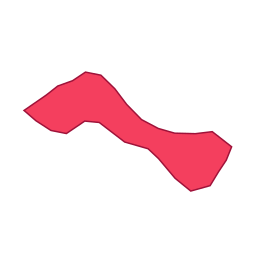 the district of Ella Keryneias, Cyprus, rotated 106°
{"feature_id": "46923920B40684211252077", "entity_name": "Ella Keryneias", "entity_type": "district", "adm_level": 2, "iso_a3": "CYP", "parent_name": "Cyprus", "parent_adm1": "", "projection": "equal_earth", "projection_center": [33.219, 35.339], "detail": "fine", "context": "isolated", "style": "filled", "palette": "rose", "viewbox_px": 256, "rotation_deg": 106, "n_neighbors": 0, "source": "geoboundaries", "source_scale": "gbopen_adm2", "svg_char_len": 491}
<svg xmlns="http://www.w3.org/2000/svg" viewBox="0 0 256 256"><g transform="rotate(106 128 128)"><path d="M84.7,168.6L86.0,184.3L97.8,194.3L107.0,207.1L118.8,215.6L139.8,232.8L146.4,218.5L151.6,201.4L150.3,185.7L133.3,171.5L130.6,157.2L142.4,127.3L142.4,103.0L149.0,90.2L163.4,68.8L171.3,50.3L160.8,33.2L145.1,28.9L131.9,24.7L117.5,23.2L108.3,46.0L114.9,61.7L120.1,81.7L120.1,98.8L116.2,117.3L105.7,135.8L93.9,151.5L84.7,168.6Z" fill="#f43f5e" stroke="#9f1239" stroke-width="1.5"/></g></svg>